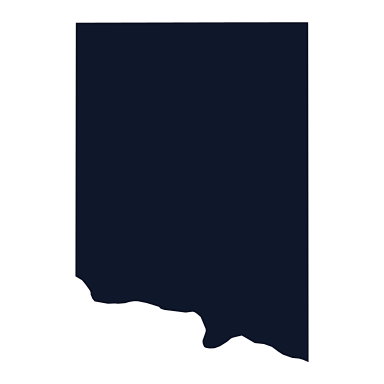 outline of Clay, South Dakota, United States of America
{"feature_id": "52423323B37505692386722", "entity_name": "Clay", "entity_type": "district", "adm_level": 2, "iso_a3": "USA", "parent_name": "United States of America", "parent_adm1": "South Dakota", "projection": "albers", "projection_center": [-96.993, 42.894], "detail": "fine", "context": "isolated", "style": "filled", "palette": "ink", "viewbox_px": 384, "rotation_deg": 0, "n_neighbors": 0, "source": "geoboundaries", "source_scale": "gbopen_adm2", "svg_char_len": 766}
<svg xmlns="http://www.w3.org/2000/svg" viewBox="0 0 384 384"><path d="M76.6,23.5L76.2,275.9L82.5,279.6L86.5,284.5L90.7,290.4L91.4,292.6L91.4,294.4L93.1,298.4L95.1,300.7L108.0,303.0L114.8,302.7L118.2,303.0L125.1,302.4L129.1,301.2L134.0,300.4L138.1,300.5L146.9,302.3L159.3,306.1L161.2,308.1L164.7,309.2L170.6,309.9L185.7,311.8L192.6,310.9L194.6,311.3L197.1,312.9L201.3,316.5L206.3,328.6L206.6,330.0L206.3,332.2L203.3,340.7L203.4,342.9L204.0,344.8L204.8,346.4L206.1,347.1L209.9,347.7L214.4,347.5L219.5,345.6L222.3,343.9L226.6,341.2L230.6,337.8L233.0,336.8L241.9,334.7L255.0,342.3L264.2,343.3L272.3,346.2L279.1,351.3L283.4,354.0L292.5,357.2L299.1,357.8L303.2,359.0L307.8,361.0L307.4,23.0L230.3,23.1L76.6,23.5Z" fill="#0f172a" stroke="#020617" stroke-width="1.5"/></svg>